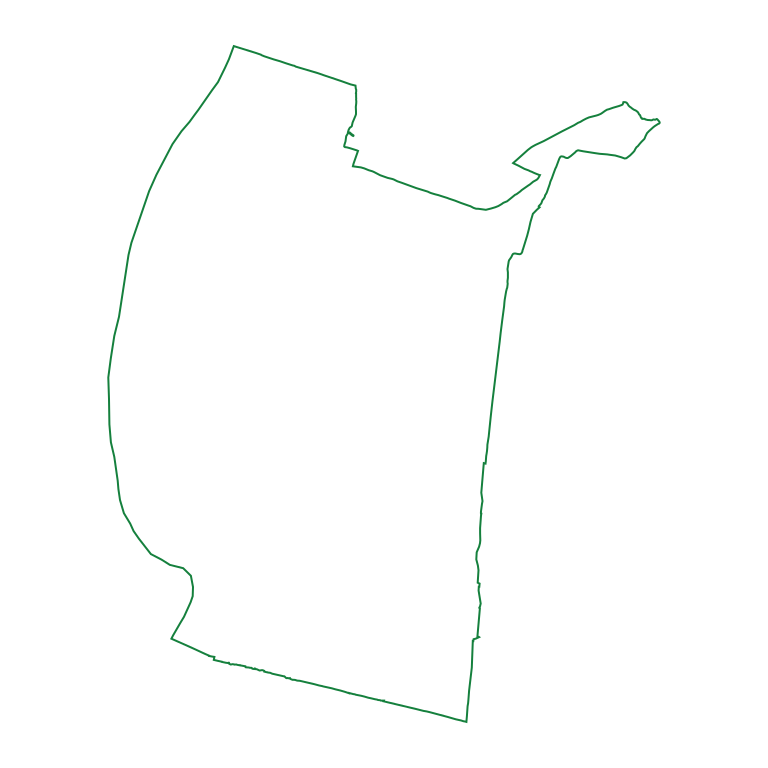 outline of Ostrov, Tulcea, Romania
{"feature_id": "2599482B49066232260095", "entity_name": "Ostrov", "entity_type": "district", "adm_level": 2, "iso_a3": "ROU", "parent_name": "Romania", "parent_adm1": "Tulcea", "projection": "albers", "projection_center": [28.19, 44.921], "detail": "fine", "context": "isolated", "style": "outline", "palette": "green", "viewbox_px": 768, "rotation_deg": 0, "n_neighbors": 0, "source": "geoboundaries", "source_scale": "gbopen_adm2", "svg_char_len": 6061}
<svg xmlns="http://www.w3.org/2000/svg" viewBox="0 0 768 768"><path d="M171.4,638.7L192.7,648.2L205.0,653.9L209.2,655.7L209.1,656.0L212.4,656.6L214.4,656.9L213.8,659.9L218.0,660.9L221.8,661.7L221.8,661.9L226.1,662.8L228.0,663.0L228.7,662.7L228.9,662.7L229.0,662.8L228.9,663.2L229.3,663.9L229.8,664.0L230.2,664.3L230.7,664.5L231.0,664.5L232.3,664.2L232.9,664.2L233.4,664.3L233.9,664.3L234.3,664.6L236.4,664.5L237.1,664.8L240.1,665.4L240.2,665.2L241.0,665.5L245.4,666.3L245.5,666.9L245.6,667.2L245.9,667.3L248.9,667.5L249.9,667.8L251.3,667.8L252.0,668.2L252.3,668.7L253.9,669.0L254.4,668.8L254.6,668.5L255.2,668.6L255.3,669.1L256.7,669.2L259.1,670.3L259.5,670.5L260.5,670.4L261.3,670.2L262.7,670.2L264.3,670.9L264.4,671.1L264.3,671.6L266.5,672.2L267.5,672.3L267.8,672.5L268.6,672.6L270.2,672.8L272.2,673.7L283.8,676.3L284.4,676.3L286.0,677.9L286.4,678.1L287.2,678.1L287.8,678.0L288.2,678.2L289.1,678.3L289.9,678.1L290.1,678.7L290.5,679.0L292.5,679.8L293.7,679.8L295.0,679.9L297.2,680.6L299.8,680.8L314.4,684.2L319.2,685.5L322.2,686.1L323.1,686.4L331.8,688.3L335.3,689.3L340.3,690.5L344.8,691.8L349.2,693.3L349.2,693.0L353.3,694.1L354.8,694.3L355.7,694.7L361.3,695.8L364.5,696.6L368.2,697.7L371.1,698.3L374.8,699.2L377.1,699.6L378.0,700.0L380.1,700.2L380.8,700.6L383.8,700.6L383.5,701.3L416.4,709.1L423.5,710.9L426.5,711.4L429.5,712.1L447.5,716.9L455.8,719.3L461.2,720.5L463.3,721.2L465.0,721.5L466.4,721.9L466.9,716.2L467.6,706.1L468.1,703.3L468.4,699.9L469.1,690.7L471.8,667.6L472.8,641.0L473.3,641.1L473.6,639.2L475.9,638.6L479.1,637.1L478.7,636.8L477.4,636.7L479.9,608.2L479.3,607.8L480.2,605.9L480.2,605.5L480.7,603.6L478.6,590.6L478.8,586.8L479.3,586.8L479.6,583.6L477.7,582.7L478.5,570.3L477.9,565.6L476.3,559.4L476.7,552.3L479.1,546.7L480.0,543.2L480.3,540.4L480.1,533.1L480.1,528.1L481.0,515.7L481.3,513.8L481.0,513.8L480.9,513.0L481.0,511.3L482.0,503.8L482.2,502.8L482.5,501.1L481.3,492.7L483.8,463.1L485.5,463.6L485.8,461.4L486.2,456.0L486.6,453.7L487.0,451.0L487.3,447.5L487.4,444.7L488.7,436.6L489.1,432.5L490.8,416.0L492.5,400.8L493.9,389.4L497.9,356.4L499.7,341.6L500.6,333.3L502.2,320.5L504.1,306.3L504.4,302.5L504.7,299.8L506.1,291.5L506.8,288.7L507.2,287.8L507.7,283.7L507.5,282.3L507.5,281.0L507.9,277.8L507.9,272.4L507.5,269.1L508.7,261.4L509.1,260.2L511.1,257.4L511.9,255.9L512.5,254.6L513.0,254.0L513.6,253.7L514.3,253.5L515.3,253.5L517.8,254.0L519.7,254.2L520.5,254.0L521.1,253.6L521.7,252.9L522.3,251.7L522.6,250.1L522.9,249.5L527.2,235.6L528.9,229.1L530.5,221.9L532.9,213.8L536.9,209.7L539.3,207.6L539.5,207.4L539.0,207.2L538.7,206.9L538.7,206.6L538.7,206.3L539.0,205.9L540.7,204.1L541.4,203.1L542.4,200.3L542.7,199.9L543.8,198.6L544.7,197.0L545.0,196.1L545.0,195.6L545.3,195.0L545.7,194.5L546.4,193.3L546.9,192.2L549.7,184.2L550.3,181.9L550.9,180.4L551.8,178.4L553.4,173.9L555.4,168.5L556.2,167.0L559.2,158.9L560.1,157.2L560.6,156.7L561.2,156.4L561.9,156.4L563.1,156.6L563.7,156.7L564.7,157.3L566.1,157.9L566.9,158.0L567.8,158.0L568.5,157.6L570.7,156.1L575.1,152.4L576.3,151.1L577.3,150.6L578.1,150.3L583.3,151.3L594.2,153.0L599.6,153.8L607.2,154.4L609.8,154.8L615.2,155.5L621.1,157.2L624.7,158.5L626.4,158.2L630.1,155.4L633.2,152.3L634.4,150.9L635.4,148.9L636.5,147.2L637.8,146.2L639.9,143.6L641.5,141.8L644.2,139.1L644.6,138.5L645.5,136.2L647.0,133.2L648.9,131.2L653.2,127.3L654.6,126.2L658.0,124.0L659.2,123.5L659.6,123.0L659.7,122.7L659.4,121.7L657.4,119.4L656.8,119.0L656.4,119.1L655.8,119.5L655.2,119.7L653.3,119.5L652.0,120.2L651.1,120.3L649.6,120.1L647.7,120.0L645.3,119.4L644.9,119.0L644.3,118.8L642.2,118.9L642.0,118.7L641.9,118.2L641.1,117.8L640.6,116.7L640.4,116.2L640.3,115.7L639.9,115.0L639.2,114.5L638.0,112.3L636.5,111.0L635.4,110.3L634.5,110.0L633.6,109.5L632.1,108.5L631.2,107.7L629.6,106.6L628.5,105.5L627.6,103.9L626.6,102.7L625.7,102.3L624.6,102.1L623.4,102.1L623.0,103.6L622.5,104.6L621.2,105.2L619.0,106.0L613.2,107.7L608.9,109.2L607.0,109.7L605.0,110.9L602.1,113.0L600.7,113.9L598.1,115.0L596.1,115.6L589.0,117.4L586.2,118.6L583.3,120.1L580.3,121.9L578.1,122.8L574.2,125.2L562.1,131.3L543.7,141.1L535.5,144.9L533.3,146.1L531.4,147.2L527.9,149.9L517.3,159.4L513.1,163.1L513.4,163.3L518.5,165.7L524.5,168.9L528.6,170.4L530.1,171.2L531.8,171.8L533.2,172.5L535.0,173.3L539.3,175.0L539.9,175.1L539.2,176.5L538.1,178.4L536.8,179.7L533.2,181.7L529.7,184.6L528.7,185.2L521.7,190.1L520.3,191.4L517.6,193.4L516.5,194.2L515.1,194.8L511.7,197.6L507.1,201.3L503.4,202.8L501.6,204.1L498.4,206.0L495.4,207.2L491.1,208.5L485.9,209.8L478.5,208.8L476.0,208.7L473.6,207.9L470.4,206.2L468.8,205.7L460.8,202.9L454.9,200.6L448.9,198.6L447.4,198.0L442.0,196.3L438.3,195.1L435.1,194.3L431.1,193.1L429.8,192.6L427.7,191.6L416.3,188.1L401.8,182.8L397.4,181.3L393.6,179.4L392.0,178.9L387.7,177.9L380.1,175.2L374.0,172.0L372.4,171.3L368.7,170.2L364.3,168.4L360.9,167.4L352.9,166.3L353.3,164.6L353.6,163.5L358.0,150.9L357.4,150.7L357.2,150.5L353.8,149.4L350.0,148.2L347.0,147.4L345.0,147.1L344.5,146.8L344.2,146.4L344.4,144.9L345.5,141.4L346.2,136.2L348.3,132.7L349.8,133.5L351.8,135.2L352.7,135.8L353.2,136.0L353.5,135.7L353.4,135.3L351.3,133.9L350.0,132.6L348.0,132.0L348.7,129.7L349.3,128.6L349.9,127.6L350.6,127.2L351.4,126.6L351.8,126.1L352.6,122.5L355.5,115.7L356.0,114.2L356.0,111.4L355.8,106.9L356.2,103.6L356.3,101.3L356.1,99.5L356.2,98.3L356.1,97.2L356.1,93.5L355.9,93.3L356.2,91.6L356.2,89.7L355.8,88.7L355.5,85.6L350.6,84.4L341.3,81.1L323.4,75.1L322.1,74.6L317.7,73.1L295.7,66.6L294.4,65.8L292.9,65.5L286.0,63.3L280.2,61.3L273.7,59.4L264.3,56.3L261.4,55.1L261.0,54.7L255.7,52.9L233.8,46.1L233.1,48.0L228.9,59.3L225.1,67.6L218.0,82.1L212.2,90.0L198.4,109.8L194.8,114.6L189.5,121.9L181.5,131.2L172.5,144.1L156.4,174.8L149.1,191.2L131.4,242.8L128.5,255.0L119.0,316.8L114.3,335.9L110.8,358.4L108.3,377.5L109.0,398.9L109.4,424.4L110.9,442.3L114.3,456.9L117.7,480.7L118.4,489.0L120.0,500.0L123.9,513.2L130.2,523.6L133.6,531.1L138.9,538.7L150.9,554.1L161.5,559.6L169.9,564.9L183.2,568.2L190.9,575.8L193.0,587.0L192.7,596.2L190.6,602.3L184.0,616.8L180.5,622.6L173.2,635.2L171.4,638.7Z" fill="none" stroke="#15803d" stroke-width="2"/></svg>